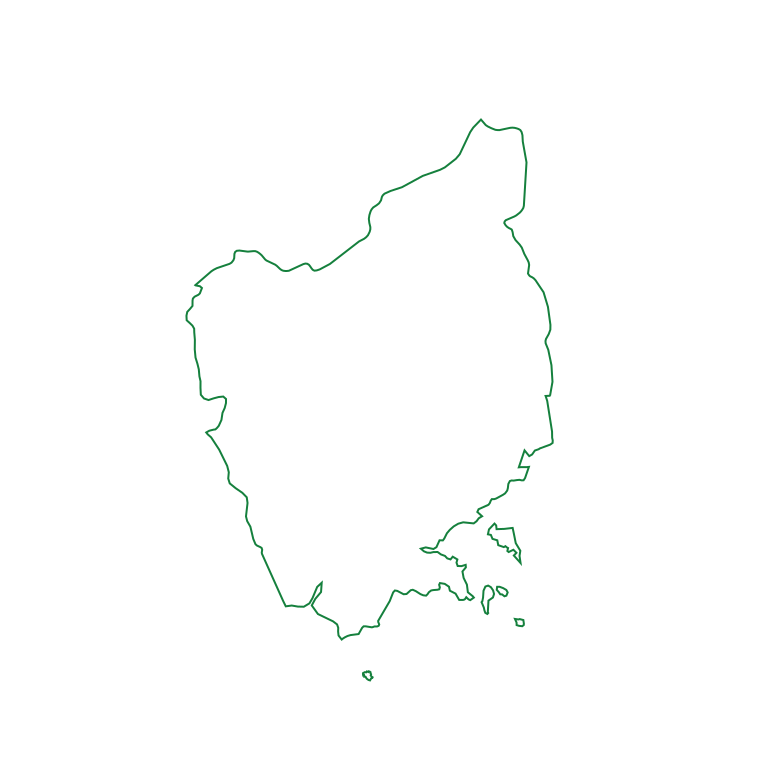 the border of P'yŏngan-bukto, rotated 289°
{"feature_id": "PRK-3312", "entity_name": "P'yŏngan-bukto", "entity_type": "Province", "adm_level": 1, "iso_a3": "PRK", "parent_name": "North Korea", "parent_adm1": "", "projection": "orthographic", "projection_center": [125.079, 40.04], "detail": "fine", "context": "isolated", "style": "outline", "palette": "green", "viewbox_px": 768, "rotation_deg": 289, "n_neighbors": 0, "source": "natural_earth", "source_scale": "10m", "svg_char_len": 5471}
<svg xmlns="http://www.w3.org/2000/svg" viewBox="0 0 768 768"><g transform="rotate(289 384 384)"><path d="M415.5,180.6L416.5,178.1L415.9,173.7L416.0,173.4L434.4,184.1L436.6,185.8L439.1,188.2L447.3,198.8L449.1,200.3L451.9,201.3L454.2,201.4L458.4,200.2L460.4,200.3L462.0,201.4L463.1,203.8L464.7,211.6L465.1,212.8L467.1,217.2L467.7,219.0L467.7,220.9L467.3,222.7L466.7,224.5L465.9,226.4L463.0,231.2L462.7,232.1L462.5,232.6L461.4,242.3L460.8,244.2L459.0,248.1L458.4,250.0L458.3,251.9L458.7,253.8L459.3,255.5L460.1,257.2L471.1,268.7L472.3,270.5L472.7,272.3L472.3,274.2L471.2,275.9L469.9,277.6L468.8,279.4L468.5,281.3L469.5,283.4L471.4,285.9L479.9,293.8L510.7,314.0L514.8,317.9L516.9,319.3L519.4,320.4L523.3,320.9L525.8,320.7L527.9,320.0L531.5,317.7L535.2,315.9L539.0,315.2L542.8,315.1L545.0,315.4L547.4,316.3L550.6,318.8L553.2,320.5L556.7,321.4L560.2,321.1L561.9,321.4L564.1,322.5L568.7,327.4L575.9,336.9L593.4,352.9L604.8,367.3L608.6,371.0L620.3,378.6L625.9,380.8L650.2,383.5L655.5,384.9L665.6,389.6L662.1,395.6L661.9,396.0L661.3,398.3L660.8,402.3L660.6,406.5L661.0,408.5L661.6,410.4L667.3,419.9L668.2,422.0L668.7,424.0L668.9,426.1L668.9,428.2L668.5,430.2L667.0,432.1L664.3,433.9L658.4,436.3L639.9,446.6L598.1,458.2L595.9,458.4L593.9,458.0L592.0,457.4L590.2,456.6L586.5,454.2L584.9,452.8L578.5,445.8L577.0,445.2L575.4,445.3L573.7,447.3L572.7,449.2L572.1,451.4L571.9,453.2L571.6,454.5L570.9,455.1L569.4,456.2L565.9,458.1L562.9,461.5L559.9,467.0L557.8,469.9L552.7,474.3L547.9,479.5L546.1,481.2L543.8,482.5L535.3,484.2L533.9,486.0L533.4,487.2L533.3,488.3L533.2,489.1L532.7,491.1L531.5,493.4L522.7,505.0L510.3,513.9L494.1,522.1L489.5,523.6L484.8,523.5L479.3,522.5L477.2,522.7L475.1,523.6L469.8,528.2L456.3,536.2L440.9,542.6L427.0,544.8L427.1,545.2L425.3,540.7L421.2,543.8L393.7,558.4L387.9,560.5L385.6,561.9L383.2,562.6L380.8,560.9L373.8,552.3L372.7,551.5L370.2,548.3L365.6,547.0L363.1,544.8L367.0,538.5L349.1,538.6L350.0,540.6L351.8,545.9L352.8,548.0L341.0,548.0L338.4,547.3L337.7,545.5L337.5,543.3L336.4,540.9L334.9,538.1L334.3,536.0L333.2,534.6L330.0,534.1L325.9,535.0L323.4,535.2L320.0,534.1L318.0,532.6L312.2,527.3L311.0,525.7L310.2,523.4L308.3,522.9L305.9,522.8L303.8,522.1L296.4,514.2L293.4,513.9L290.9,519.8L287.9,517.3L284.4,516.2L281.4,514.2L279.0,503.9L276.1,499.7L272.1,496.3L267.5,493.7L263.4,492.1L257.5,491.3L255.3,490.6L254.3,487.4L246.8,486.7L244.1,484.5L243.1,476.7L240.3,472.5L238.8,476.2L238.6,479.6L239.5,482.8L241.2,485.5L242.6,489.4L241.4,493.3L241.3,497.6L239.7,500.6L239.8,504.0L243.1,505.2L242.0,510.5L238.7,510.7L235.9,512.9L237.0,516.5L239.6,520.1L237.3,521.1L232.3,519.2L226.6,522.4L221.3,527.7L214.4,531.1L212.2,537.1L211.3,538.5L207.7,535.9L207.8,534.5L208.1,533.5L209.2,531.2L207.2,530.7L206.4,530.2L205.6,529.1L204.3,525.4L209.1,519.9L210.0,513.6L213.5,511.4L214.8,506.5L214.0,501.7L212.1,501.5L209.9,503.0L207.9,503.1L206.9,501.6L205.1,497.5L204.1,495.8L201.7,494.2L199.4,493.6L197.6,492.7L197.0,489.9L197.2,486.9L198.5,481.5L198.8,478.2L197.7,476.4L192.8,473.7L191.6,471.0L192.7,463.9L192.3,461.5L189.9,460.5L180.6,460.1L158.1,455.6L157.0,456.1L156.0,457.0L155.0,457.8L153.7,457.7L152.6,456.6L151.6,453.8L151.0,453.2L150.0,451.8L148.9,445.5L148.2,443.6L146.4,442.7L139.3,441.4L135.7,434.1L133.9,431.6L132.0,429.7L130.2,428.2L128.6,427.2L131.4,422.9L135.0,421.2L138.6,420.1L141.4,417.9L143.0,413.1L145.0,396.4L151.1,387.8L158.5,389.0L166.8,392.2L175.8,389.8L170.4,386.9L158.2,386.1L152.3,384.9L147.3,380.7L145.5,375.0L144.5,368.9L141.8,363.5L146.0,359.3L183.7,323.9L184.8,323.3L187.6,322.8L189.1,321.7L189.5,320.3L189.9,316.4L190.7,314.6L195.0,310.8L205.6,304.1L209.8,299.3L213.9,296.6L227.1,293.7L232.2,291.1L235.0,285.5L237.2,277.6L239.8,270.5L243.9,267.5L250.0,266.0L255.5,262.4L268.3,249.5L277.3,237.9L279.0,233.7L280.3,231.7L283.0,234.1L285.4,237.8L286.2,239.4L288.3,240.5L290.7,241.4L297.1,242.0L304.1,240.7L309.4,241.2L314.5,240.8L318.4,239.5L319.8,236.1L317.8,231.8L314.9,227.5L311.7,223.3L311.7,218.5L314.2,214.3L320.7,211.7L326.9,209.6L331.1,207.0L337.6,204.1L342.4,201.0L347.6,197.2L355.1,193.8L364.2,190.8L371.0,187.8L374.5,186.5L376.8,183.9L378.4,180.5L380.0,176.7L384.2,175.0L388.1,174.5L392.0,176.2L395.5,177.5L400.6,175.8L402.6,175.5L404.9,176.5L408.0,179.5L409.7,180.4L415.5,180.6ZM288.0,533.9L286.8,536.1L283.4,537.7L286.2,545.0L289.8,552.5L284.1,555.9L276.4,560.4L270.7,567.2L265.6,568.1L259.2,571.4L264.1,562.6L267.5,564.2L269.4,560.3L265.7,556.6L266.3,555.0L269.3,554.7L269.5,553.3L270.2,551.6L268.8,550.4L268.8,544.5L273.1,542.0L272.9,537.0L276.1,534.2L275.7,531.2L280.7,530.6L288.0,533.9ZM224.4,554.3L221.3,556.4L217.6,556.5L213.2,553.3L202.2,556.4L201.4,557.1L200.2,556.6L200.6,554.3L202.6,552.7L205.1,551.2L209.5,547.3L210.6,547.7L214.3,547.2L220.9,545.4L225.5,545.8L227.3,548.1L226.7,551.2L224.4,554.3ZM224.5,560.4L226.1,557.6L229.1,557.0L229.9,559.3L229.8,563.1L229.1,566.7L227.2,568.8L223.7,568.6L222.5,567.0L223.5,564.2L223.0,562.4L224.5,560.4ZM100.0,463.2L101.2,461.9L100.8,460.6L101.5,460.4L102.3,459.9L101.7,459.2L102.4,458.8L103.3,458.4L104.1,458.4L104.6,459.1L105.3,459.7L105.6,461.1L106.7,461.4L106.6,462.4L106.6,463.1L107.4,463.2L107.4,464.2L107.1,465.1L106.1,465.4L105.4,466.3L104.1,466.3L103.3,467.6L103.0,468.7L102.2,468.6L101.7,467.8L100.4,467.5L99.2,467.3L99.2,467.2L99.1,465.8L99.5,464.3L100.0,463.2ZM200.0,593.6L199.3,590.5L199.2,587.9L201.6,587.0L204.5,584.3L205.0,587.1L205.1,587.7L205.9,588.8L206.2,592.6L202.9,594.3L201.6,594.6L200.0,593.6Z" fill="none" stroke="#15803d" stroke-width="2"/></g></svg>